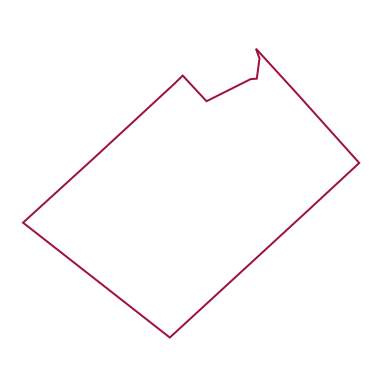 Hunt, Texas, United States of America, rotated 227°
{"feature_id": "52423323B19009886233189", "entity_name": "Hunt", "entity_type": "district", "adm_level": 2, "iso_a3": "USA", "parent_name": "United States of America", "parent_adm1": "Texas", "projection": "albers", "projection_center": [-96.037, 33.123], "detail": "fine", "context": "isolated", "style": "outline", "palette": "rose", "viewbox_px": 384, "rotation_deg": 227, "n_neighbors": 0, "source": "geoboundaries", "source_scale": "gbopen_adm2", "svg_char_len": 329}
<svg xmlns="http://www.w3.org/2000/svg" viewBox="0 0 384 384"><g transform="rotate(227 192 192)"><path d="M99.2,334.1L192.8,335.9L253.2,336.5L243.7,332.5L230.7,316.7L234.6,311.8L248.5,264.5L283.5,264.6L283.2,254.2L283.7,143.5L284.8,47.5L100.7,76.5L99.4,263.4L99.2,334.1Z" fill="none" stroke="#9f1239" stroke-width="2"/></g></svg>